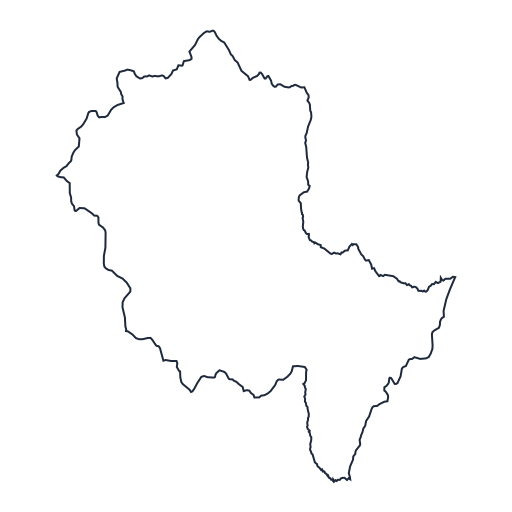 Salgar, Antioquia, Colombia (Equal Earth projection)
{"feature_id": "7082276B68857935293525", "entity_name": "Salgar", "entity_type": "district", "adm_level": 2, "iso_a3": "COL", "parent_name": "Colombia", "parent_adm1": "Antioquia", "projection": "equal_earth", "projection_center": [-76.003, 5.966], "detail": "fine", "context": "isolated", "style": "outline", "palette": "slate", "viewbox_px": 512, "rotation_deg": 0, "n_neighbors": 0, "source": "geoboundaries", "source_scale": "gbopen_adm2", "svg_char_len": 5988}
<svg xmlns="http://www.w3.org/2000/svg" viewBox="0 0 512 512"><path d="M443.9,316.8L443.6,310.8L446.3,299.2L450.0,289.2L455.2,277.1L452.9,276.8L450.3,278.7L445.3,278.8L443.4,280.6L442.1,279.9L440.8,277.8L440.6,281.7L437.8,283.1L435.8,281.9L434.0,284.1L432.0,284.1L430.8,285.7L429.0,286.8L427.7,290.1L426.4,291.5L425.4,291.7L424.1,290.6L422.8,291.5L421.5,290.8L419.0,290.9L418.3,290.7L417.4,288.6L415.7,287.0L414.2,286.7L412.2,287.4L411.2,285.9L409.4,285.1L408.8,284.2L407.0,285.1L405.4,283.2L404.0,283.4L400.3,282.2L399.6,281.2L398.6,281.3L396.9,278.7L393.3,276.2L384.9,274.8L383.1,276.1L380.4,274.9L379.6,276.1L379.1,276.2L375.3,271.1L374.1,268.2L372.1,268.7L371.2,264.6L368.8,260.1L366.1,260.6L364.9,259.5L363.2,256.2L361.3,254.4L358.2,248.7L358.2,247.3L356.4,244.3L353.5,244.2L352.8,245.0L351.9,244.0L349.4,246.7L347.8,250.3L344.9,250.7L342.6,252.6L341.5,252.5L340.5,254.3L337.5,253.3L335.9,253.5L334.2,252.6L331.8,254.0L330.2,253.4L324.4,248.6L320.8,247.2L320.7,245.1L317.8,244.2L315.5,242.6L314.4,243.3L314.1,242.2L312.1,241.6L311.3,240.6L309.8,240.0L308.6,237.0L309.0,235.0L308.8,233.9L307.3,234.1L306.0,233.3L304.7,230.6L303.8,230.1L303.2,228.9L302.8,226.5L303.3,221.9L302.6,217.9L303.1,216.8L302.8,214.8L301.9,214.0L302.1,213.1L301.6,212.1L301.0,208.1L300.8,203.2L298.8,200.9L298.6,199.8L298.8,197.5L299.6,195.4L303.8,192.3L307.1,191.6L309.0,188.6L309.7,186.0L308.2,184.7L308.1,181.4L306.6,177.0L307.2,171.8L308.3,167.7L307.9,164.1L308.2,162.7L307.0,157.7L306.2,147.0L305.2,142.9L306.0,140.6L305.3,137.2L305.4,135.8L306.6,133.3L308.1,126.5L310.8,119.8L311.4,116.9L311.1,112.3L310.3,110.9L309.8,104.4L309.0,102.5L307.4,100.7L308.7,97.5L308.5,95.1L306.7,92.7L304.4,87.3L301.2,87.5L295.7,84.9L294.5,84.9L293.2,85.8L291.6,86.0L289.7,87.3L288.3,87.4L284.3,86.7L280.2,84.2L277.6,84.6L275.9,86.6L274.6,86.8L273.3,85.9L271.7,83.7L271.1,80.7L268.4,76.0L267.4,76.2L265.7,78.5L264.6,78.5L262.1,74.1L260.6,72.5L259.5,72.7L258.9,74.1L257.1,76.0L252.9,77.8L250.7,79.8L249.6,79.9L248.0,76.2L241.5,70.9L237.6,62.5L234.8,60.1L232.6,56.0L230.8,54.3L229.0,50.2L224.9,43.5L224.1,42.4L221.2,40.9L218.9,38.9L216.6,35.8L214.8,32.1L213.6,30.8L212.6,30.7L209.6,31.8L206.7,31.3L203.8,33.1L199.6,37.0L198.0,39.0L195.0,45.0L189.4,51.6L191.4,56.7L191.6,58.3L191.4,59.1L189.3,60.2L183.9,61.1L182.6,65.2L182.1,65.7L178.4,65.3L176.8,69.3L172.9,70.6L171.5,73.9L167.8,77.9L165.6,78.4L163.7,76.1L162.2,75.4L158.2,76.4L154.7,75.9L152.4,76.5L149.1,75.4L147.2,76.4L144.2,76.5L142.3,78.1L140.1,78.5L136.5,76.4L134.8,73.9L133.8,71.3L130.8,70.3L127.3,69.6L125.3,70.5L119.6,71.9L116.7,78.4L117.5,83.4L117.5,85.9L117.9,87.3L120.8,91.9L121.2,94.1L122.5,96.4L122.5,99.3L123.7,103.0L117.5,105.0L113.6,107.3L111.1,109.8L107.7,115.6L104.8,117.1L101.8,116.9L99.2,117.4L97.7,115.7L96.6,112.2L95.7,111.0L91.4,111.0L89.0,112.0L88.2,113.4L86.7,118.4L83.3,124.1L81.3,126.5L77.6,129.1L76.4,130.6L76.9,134.5L79.5,138.3L78.8,146.5L75.1,150.0L73.4,152.6L71.7,156.6L71.3,160.2L70.7,161.4L68.8,163.1L66.4,166.2L63.6,167.8L60.4,170.6L58.5,173.9L56.8,175.5L57.6,176.3L60.6,177.2L63.7,177.4L66.8,181.0L69.7,183.1L69.8,193.1L71.1,197.5L71.2,201.2L71.9,203.6L74.0,206.2L74.6,210.3L75.3,211.0L76.1,210.9L79.6,208.0L84.6,208.3L91.6,213.1L94.4,215.7L96.8,215.7L97.6,216.2L98.4,217.4L98.5,223.2L99.0,224.7L103.1,227.6L105.2,230.4L105.6,232.7L105.4,247.8L103.9,255.8L103.8,263.6L104.4,266.7L105.8,268.3L108.5,270.0L111.8,270.6L117.3,276.0L122.5,278.5L126.7,282.6L130.4,288.4L130.3,291.6L124.4,298.4L122.6,302.5L122.5,307.3L124.9,317.5L125.4,326.5L126.2,329.4L126.0,331.1L127.8,331.3L132.6,334.6L135.9,338.1L139.0,339.2L142.7,339.2L147.7,338.0L150.5,337.9L152.3,339.8L155.8,345.1L156.7,345.9L158.6,346.2L160.0,348.2L163.4,360.7L165.7,360.0L171.0,361.0L176.5,361.0L177.3,363.1L176.8,367.0L179.1,370.9L180.1,371.4L180.3,377.3L181.3,382.0L182.8,384.1L189.7,389.8L191.0,392.0L192.4,391.4L194.2,388.9L197.4,382.9L201.4,376.8L204.2,376.0L207.5,377.2L213.9,377.6L215.0,377.0L215.5,374.7L216.3,373.2L219.4,370.3L224.4,371.9L226.1,373.6L228.8,378.8L230.0,379.3L232.6,379.4L233.8,380.7L236.4,381.8L238.8,384.1L242.7,387.0L243.7,391.1L246.5,390.2L249.3,390.6L250.8,392.9L253.6,395.0L254.4,397.5L259.2,397.4L261.1,395.7L264.4,395.2L267.7,393.5L270.6,391.1L275.2,385.0L276.7,381.3L278.0,379.9L279.0,379.5L283.1,379.8L287.3,376.8L290.4,373.6L291.7,371.3L293.0,366.3L298.1,366.0L304.8,367.0L306.6,369.7L306.1,372.1L306.0,380.3L304.6,383.1L303.3,384.0L304.7,385.7L304.9,387.3L305.8,389.2L305.2,392.2L305.5,394.5L304.3,396.5L305.1,398.9L304.9,401.6L305.8,402.7L306.3,405.7L307.5,407.0L307.6,408.9L308.8,413.9L308.7,416.7L308.0,418.0L308.0,419.8L307.2,422.7L307.6,425.6L307.0,426.8L307.8,429.0L309.7,430.7L309.6,431.4L308.9,431.9L309.6,432.5L310.3,435.8L311.3,437.2L311.2,440.4L310.2,444.2L310.6,447.0L310.1,448.4L310.2,450.2L311.1,451.7L311.4,453.4L312.6,454.5L314.9,462.4L317.1,464.2L317.1,465.0L317.8,466.5L319.5,467.8L321.0,469.9L321.9,469.3L322.3,470.6L322.9,470.7L322.9,471.5L324.4,471.5L325.1,473.2L326.3,473.8L327.4,475.5L327.7,475.0L328.1,475.2L328.3,476.4L329.3,478.0L330.3,478.2L331.0,479.6L331.8,479.5L333.2,481.1L333.3,479.5L334.5,481.3L335.6,480.2L336.7,481.0L337.8,479.8L339.7,479.9L341.1,478.3L342.3,477.9L344.6,477.9L347.0,480.0L348.7,478.2L350.2,479.3L350.0,477.4L348.8,473.2L350.1,466.4L353.0,459.7L353.3,456.4L355.3,453.9L355.4,452.0L356.0,450.3L359.9,445.4L360.2,444.0L359.6,439.8L360.7,437.2L361.0,435.6L362.4,432.4L363.4,428.4L365.2,425.8L366.1,421.0L369.1,416.5L371.7,408.7L372.6,407.1L373.8,406.2L377.2,405.9L379.5,404.1L384.4,401.7L387.4,401.3L388.1,397.2L388.0,395.3L386.0,392.0L384.3,390.5L384.4,387.2L386.2,386.1L388.2,383.8L388.8,382.4L389.3,378.4L389.8,377.7L391.2,378.1L394.7,383.9L395.8,384.0L397.4,383.2L400.6,376.3L401.9,368.5L403.3,367.0L405.9,366.0L408.8,359.7L409.9,359.1L412.0,359.0L414.4,357.2L420.2,358.9L425.9,358.4L428.7,357.1L430.7,353.6L432.4,348.9L432.6,345.3L431.9,334.5L432.3,332.4L434.1,330.6L438.9,327.8L439.9,324.9L440.0,321.9L440.8,319.7L441.8,318.1L443.9,316.8Z" fill="none" stroke="#1e293b" stroke-width="2"/></svg>